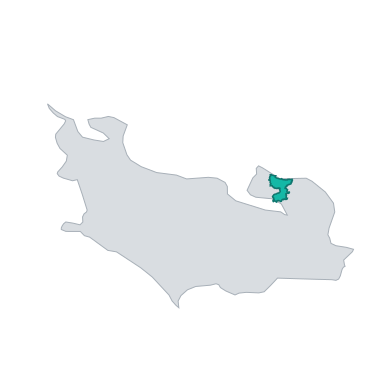 location of Nandayure, Guanacaste, Costa Rica, rotated 162°
{"feature_id": "36466004B45904534583509", "entity_name": "Nandayure", "entity_type": "district", "adm_level": 2, "iso_a3": "CRI", "parent_name": "Costa Rica", "parent_adm1": "Guanacaste", "projection": "mercator", "projection_center": [-85.275, 9.901], "detail": "fine", "context": "in_parent", "style": "filled", "palette": "teal", "viewbox_px": 384, "rotation_deg": 162, "n_neighbors": 0, "source": "geoboundaries", "source_scale": "gbopen_adm2", "svg_char_len": 6484}
<svg xmlns="http://www.w3.org/2000/svg" viewBox="0 0 384 384"><g transform="rotate(162 192 192)"><path d="M327.9,196.7L327.4,198.2L326.0,199.8L324.0,201.4L321.3,202.5L314.9,199.2L308.6,195.4L305.1,197.2L303.8,202.1L301.4,204.6L298.5,205.6L297.3,207.2L297.1,223.7L297.3,239.2L302.1,239.6L310.1,245.0L313.5,248.2L314.5,251.1L313.6,252.5L307.7,255.9L302.0,260.2L299.2,265.5L304.1,274.2L305.2,280.0L305.0,286.2L303.7,289.1L292.6,296.2L290.2,298.6L290.5,300.4L296.6,305.3L299.5,310.0L301.9,315.6L302.2,320.5L296.7,311.4L289.1,302.7L282.4,297.4L281.9,284.8L279.2,278.0L269.2,271.8L260.6,267.4L254.3,268.3L258.1,275.5L268.2,284.7L268.9,288.3L268.7,293.0L261.8,292.3L255.7,290.3L248.2,289.7L243.3,286.9L232.8,275.9L240.2,266.5L242.6,260.3L242.4,247.5L240.6,241.3L232.5,231.8L219.6,221.4L201.6,212.9L193.1,206.1L171.9,200.9L163.9,197.4L157.6,190.9L156.7,186.3L158.9,179.2L153.1,170.1L127.9,152.2L113.8,145.7L110.8,141.8L108.5,140.6L110.7,152.9L116.8,160.3L132.9,167.3L137.3,171.3L139.1,176.6L129.8,186.6L125.0,189.1L123.6,194.6L120.6,196.3L117.4,193.1L104.3,177.4L79.1,169.8L74.6,165.2L65.2,150.8L60.9,137.7L62.4,128.9L72.8,115.3L76.0,109.3L75.3,105.6L75.7,100.2L71.8,96.5L62.2,91.6L56.1,87.6L57.8,85.7L68.8,80.4L69.5,75.6L69.4,74.0L71.2,73.7L72.8,72.4L73.8,71.1L76.8,66.5L79.4,63.9L82.4,63.5L86.1,65.4L100.0,70.3L115.4,75.8L137.3,83.7L146.4,78.7L154.2,74.8L159.6,75.4L171.4,79.8L178.5,81.3L182.9,80.8L190.4,87.4L194.5,92.3L195.2,95.6L197.5,97.3L203.3,97.7L217.7,101.0L226.5,100.4L234.5,96.9L238.9,92.6L240.3,86.0L242.3,89.3L244.6,94.5L245.7,101.1L256.0,123.3L264.2,135.8L282.3,158.4L290.1,162.5L303.3,180.7L307.8,183.7L310.4,189.0L324.1,193.5L327.9,196.7Z" fill="#d9dde1" stroke="#a8b0b8" stroke-width="1"/><path d="M116.7,160.3L116.7,160.1L116.3,159.9L116.2,159.7L116.3,159.2L116.3,158.8L116.7,158.9L116.8,159.2L116.9,159.3L117.3,159.3L117.4,159.2L117.5,159.1L117.8,158.5L117.8,158.4L117.7,158.2L117.6,157.7L117.3,157.7L117.0,157.8L116.7,157.9L116.3,158.0L116.1,157.9L115.6,157.6L115.4,157.4L115.2,157.0L115.2,156.8L115.0,156.5L114.7,156.3L114.6,156.2L114.4,156.3L114.4,156.6L114.5,156.8L114.5,157.1L114.1,157.2L114.0,157.3L113.5,157.3L113.2,157.4L112.9,157.2L112.4,157.2L112.3,156.9L112.1,156.8L111.9,156.8L111.7,156.7L111.1,156.2L110.8,155.9L110.8,155.7L110.7,155.6L110.3,155.7L110.1,155.7L109.9,155.6L109.7,155.8L109.4,156.0L109.3,156.5L109.2,156.6L108.9,156.7L108.6,156.9L108.3,156.9L108.0,157.0L107.9,157.0L107.8,156.7L107.7,156.7L107.5,156.8L107.4,156.7L107.3,156.4L107.1,156.4L106.7,156.5L106.7,156.8L105.9,156.6L105.7,156.7L105.6,156.3L105.5,156.1L105.3,156.1L105.1,156.2L104.8,156.1L104.7,155.9L104.3,155.9L104.2,155.8L103.6,156.0L103.4,156.3L103.6,156.3L103.6,156.5L103.8,156.7L103.9,157.1L103.8,157.3L103.8,157.5L104.1,157.9L104.2,158.1L103.8,158.4L103.6,159.1L103.3,159.3L103.2,159.4L103.2,159.5L103.3,159.5L103.5,159.6L103.6,159.8L103.4,160.0L103.5,160.2L103.5,160.4L103.4,160.7L103.4,161.0L103.3,161.3L103.2,161.4L102.9,161.3L102.7,161.1L102.3,161.3L102.1,161.3L102.1,161.2L101.9,161.2L101.4,161.2L101.2,161.1L100.9,160.9L100.2,160.9L100.0,161.0L99.9,161.2L99.6,161.4L99.5,161.5L99.4,161.7L99.4,161.8L99.7,161.8L100.0,162.1L100.4,162.0L100.6,162.0L100.9,161.9L101.1,161.9L101.4,162.2L101.4,162.6L101.6,162.9L101.6,163.0L101.6,163.4L101.4,163.6L101.2,163.7L101.1,163.9L100.9,164.0L100.8,164.3L100.7,164.4L100.5,164.6L100.9,165.0L101.1,165.4L101.1,165.8L101.0,166.1L101.4,166.4L101.6,166.4L101.9,166.5L102.1,166.6L102.3,166.6L102.4,166.8L102.2,167.0L102.0,167.3L101.9,167.3L101.7,167.4L101.5,167.5L101.5,167.8L101.4,167.8L101.2,167.8L101.0,168.1L100.7,168.2L100.4,168.2L100.4,168.4L100.2,168.4L99.9,168.8L99.7,168.7L99.7,168.8L99.7,169.0L99.3,169.1L98.9,169.0L98.4,169.0L98.1,169.3L97.9,169.3L97.8,169.1L97.7,169.0L97.4,169.0L97.0,169.2L96.8,169.2L96.7,169.1L96.4,169.1L95.5,169.1L95.3,169.4L95.0,169.6L95.0,170.2L94.5,170.3L94.3,170.3L94.3,170.7L94.3,171.1L94.2,171.2L93.9,171.1L93.6,171.2L93.6,171.5L93.3,171.7L93.4,171.9L93.4,172.0L93.2,172.0L92.9,172.1L92.8,172.4L93.0,172.5L92.9,172.7L92.9,173.2L94.0,173.3L94.3,173.4L94.9,173.5L95.1,173.6L95.1,173.8L95.4,174.0L96.2,174.1L96.3,174.2L96.6,174.2L96.6,174.3L97.0,174.4L97.1,174.2L97.4,174.0L97.7,174.1L98.1,174.3L98.4,174.3L98.5,174.4L98.8,174.4L99.1,174.4L99.3,174.5L99.6,174.9L99.8,175.0L100.2,175.0L100.3,175.1L100.6,175.1L100.9,175.3L101.9,175.8L102.6,176.3L102.8,176.5L102.8,176.8L102.5,176.8L102.6,177.0L103.2,177.0L103.4,176.9L103.6,176.9L104.0,177.0L104.5,177.3L105.5,178.0L107.1,179.0L107.6,179.5L107.8,179.7L107.9,179.9L108.2,180.3L108.3,180.4L108.3,180.5L108.2,180.6L108.0,180.9L107.8,181.1L107.6,181.4L107.4,181.6L107.7,181.7L108.2,181.8L109.0,182.3L109.6,182.5L110.0,182.9L110.5,183.2L110.9,183.8L111.2,183.7L111.7,184.0L111.8,184.2L112.1,184.2L112.3,184.2L112.3,183.1L112.5,183.1L112.8,182.7L113.0,182.8L113.3,182.5L113.4,182.1L113.5,182.0L113.6,181.9L113.8,181.7L113.7,181.5L113.7,181.4L113.8,181.1L113.8,180.7L114.0,180.3L114.4,180.3L114.6,180.2L114.8,179.9L115.0,179.9L115.2,179.7L115.1,179.4L114.8,179.4L114.7,179.6L114.2,179.4L114.3,179.2L114.2,179.0L114.3,178.8L114.1,178.5L114.1,178.3L114.3,178.1L114.4,177.9L114.4,177.6L114.4,177.4L114.7,177.0L114.8,176.8L114.7,176.6L114.6,176.4L114.6,176.2L114.7,175.8L114.7,175.6L114.5,175.4L114.8,175.2L115.0,175.1L114.9,175.0L114.9,174.8L114.9,174.6L115.0,174.5L115.5,174.2L115.6,173.8L115.2,173.9L115.2,173.7L114.9,173.7L114.7,173.6L113.8,173.2L113.9,172.8L113.7,172.7L113.6,172.2L113.4,171.7L113.2,171.6L113.2,171.4L112.9,171.2L112.9,170.9L112.5,170.9L112.5,170.7L112.3,170.5L112.3,170.3L112.2,170.2L112.0,169.9L111.8,170.0L111.7,169.9L111.4,169.9L111.2,169.7L110.8,169.5L110.7,169.4L110.5,169.2L110.3,169.2L110.2,169.1L109.9,169.3L109.6,169.3L109.4,169.1L109.2,168.9L108.9,169.0L108.7,168.8L108.4,168.9L108.4,168.7L108.2,168.7L107.9,168.5L107.7,168.5L107.4,168.6L107.2,168.4L107.3,168.1L107.3,167.9L107.4,167.7L107.7,167.4L108.0,167.1L107.8,166.4L107.9,166.2L107.8,165.8L107.8,165.7L107.8,165.4L108.2,164.9L108.3,164.9L108.9,164.7L109.3,164.6L109.5,164.2L109.8,164.1L110.1,164.2L110.3,164.2L110.6,164.4L110.9,164.4L111.3,164.5L111.6,164.4L111.8,164.3L111.9,164.2L112.2,164.1L112.4,164.1L112.6,164.1L113.1,164.2L113.5,164.3L113.8,164.3L114.0,164.3L114.3,164.2L114.6,164.2L114.9,164.2L115.0,164.1L115.2,163.9L115.3,163.8L115.4,163.7L115.5,163.7L115.9,163.4L116.0,163.4L116.6,163.0L116.6,162.9L116.8,162.8L116.8,162.7L116.8,162.1L116.6,162.0L116.2,161.5L116.2,161.2L116.2,160.9L116.4,160.8L116.7,160.3Z" fill="#14b8a6" stroke="#0f766e" stroke-width="1.5"/></g></svg>